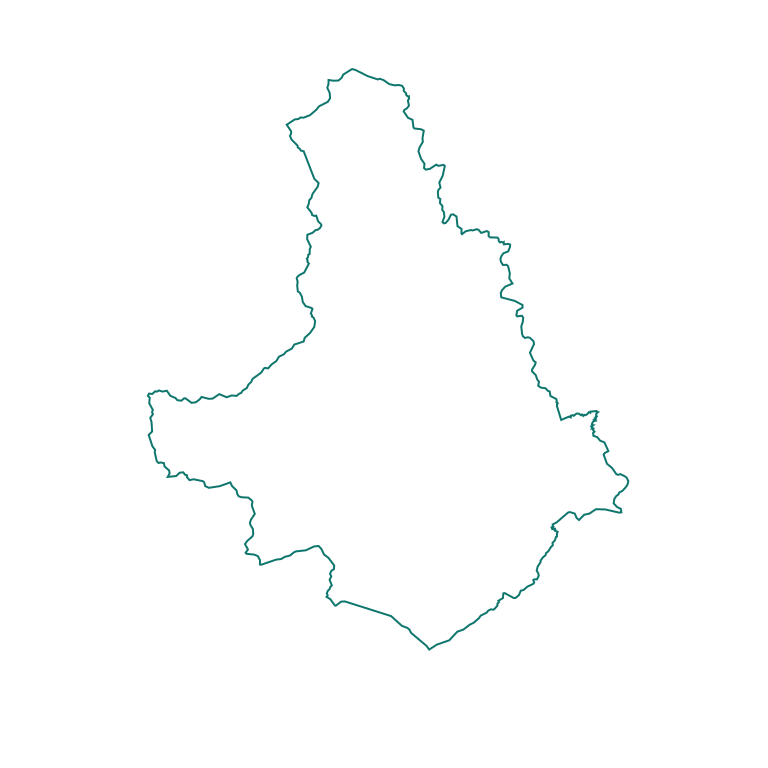 Phanom, Surat Thani, Thailand, rotated 46°
{"feature_id": "78962969B14493078239270", "entity_name": "Phanom", "entity_type": "district", "adm_level": 2, "iso_a3": "THA", "parent_name": "Thailand", "parent_adm1": "Surat Thani", "projection": "robinson", "projection_center": [98.753, 8.805], "detail": "fine", "context": "isolated", "style": "outline", "palette": "teal", "viewbox_px": 768, "rotation_deg": 46, "n_neighbors": 0, "source": "geoboundaries", "source_scale": "gbopen_adm2", "svg_char_len": 6165}
<svg xmlns="http://www.w3.org/2000/svg" viewBox="0 0 768 768"><g transform="rotate(46 384 384)"><path d="M194.4,166.2L194.0,167.0L191.7,167.3L190.3,166.2L186.9,166.2L185.2,164.4L181.9,163.9L178.9,165.9L176.8,168.7L171.9,171.9L165.1,173.2L161.5,175.0L160.6,176.9L151.1,181.9L138.2,186.4L135.2,188.3L133.1,198.4L134.3,201.7L134.1,205.9L130.8,209.6L126.8,212.7L129.7,215.6L131.6,219.1L136.8,220.8L141.0,224.3L142.0,228.4L139.1,237.9L139.7,242.0L139.2,250.6L136.5,256.9L134.3,258.9L133.9,261.5L131.7,264.4L129.9,273.9L137.6,275.2L139.4,276.9L140.2,279.3L143.9,280.7L152.5,280.6L153.9,281.7L156.4,281.2L158.3,281.7L160.8,280.1L188.0,291.6L194.0,291.4L196.0,294.6L197.6,303.3L199.8,307.2L199.8,309.9L202.3,313.3L203.6,316.4L210.6,317.2L212.5,318.3L215.0,317.2L215.8,315.8L221.3,318.4L225.5,318.3L226.6,319.1L227.3,321.7L227.0,324.6L225.8,326.0L225.6,330.4L223.4,335.5L226.5,338.7L234.4,341.3L235.4,343.7L238.9,347.3L238.4,348.7L240.0,350.6L240.3,352.6L242.0,353.0L242.8,354.2L245.2,354.4L248.4,364.0L247.0,368.7L246.7,371.7L247.3,373.4L250.5,375.1L252.8,378.0L257.6,381.7L259.8,381.1L264.1,382.4L268.7,385.5L273.5,386.3L279.0,383.3L280.3,383.3L282.5,387.7L284.6,388.1L285.4,389.0L287.4,388.6L291.0,389.9L294.5,394.5L295.9,401.7L295.7,408.9L297.6,412.3L293.3,421.2L294.5,425.7L292.7,432.0L293.1,435.3L291.4,440.6L292.7,445.6L291.8,451.5L292.3,456.5L289.9,458.2L289.4,459.5L290.5,464.5L289.0,474.9L290.3,478.3L290.2,481.9L291.6,485.4L290.6,490.0L291.2,493.1L290.4,494.8L290.2,498.2L286.4,501.6L284.2,506.4L276.8,509.6L275.5,517.3L272.9,520.4L266.6,524.2L267.0,527.5L266.4,532.1L263.9,535.5L256.3,536.8L255.5,537.8L255.2,541.4L252.1,543.9L249.3,543.7L244.2,545.9L238.0,544.9L235.6,548.6L232.3,550.4L231.7,552.7L230.3,553.7L230.2,557.6L227.7,559.7L228.5,562.1L231.1,562.0L234.8,566.3L242.1,568.3L243.1,570.4L245.3,571.3L245.9,575.6L249.9,577.7L257.1,583.8L257.2,588.7L268.1,593.9L272.4,594.4L273.9,596.4L281.7,601.1L284.3,601.0L285.1,599.3L288.1,597.3L290.9,599.2L296.8,598.6L299.3,600.2L300.6,604.1L305.8,597.5L305.9,592.5L308.2,589.7L311.0,590.2L312.8,589.1L314.0,590.4L318.0,590.7L320.3,587.1L328.1,581.8L329.7,581.6L333.3,583.5L337.0,582.1L343.4,573.1L348.0,562.9L351.8,564.2L358.0,564.0L361.6,566.1L363.8,566.5L366.3,565.3L371.5,560.5L376.0,560.0L377.2,560.3L379.7,563.6L387.7,567.2L389.2,574.1L390.8,577.0L393.1,578.2L397.2,579.0L400.9,582.1L402.2,584.4L401.9,591.7L402.6,595.2L408.5,596.8L409.3,600.8L410.9,600.7L416.5,595.9L420.2,594.3L424.6,595.6L427.7,598.6L428.7,597.9L435.4,583.6L438.5,579.5L439.4,575.5L442.1,570.7L442.5,565.7L443.4,563.4L449.3,555.8L452.3,547.1L455.1,543.6L459.0,543.6L465.2,545.6L470.4,544.7L480.0,545.9L482.4,548.7L481.8,551.6L483.1,554.7L485.7,555.5L487.1,559.2L492.6,561.4L492.8,563.9L493.8,565.8L493.7,568.0L494.8,570.5L496.9,571.3L497.2,573.2L501.5,572.1L509.4,573.2L510.0,572.6L510.8,566.0L513.2,563.2L555.9,540.1L570.5,539.1L575.4,536.7L578.1,536.3L581.9,537.4L602.1,535.3L606.4,536.0L608.2,527.0L613.7,515.1L613.1,503.3L615.8,497.5L616.7,489.5L618.0,485.4L618.4,478.5L617.8,475.3L619.8,469.0L619.4,466.5L620.3,463.7L622.3,462.1L622.6,460.7L622.2,456.2L620.8,455.1L620.8,452.8L619.4,452.4L620.6,447.2L617.5,443.5L618.3,442.4L628.2,439.3L629.3,438.0L629.6,433.6L627.7,429.2L629.1,426.7L629.4,421.5L631.4,415.7L631.2,413.9L628.7,412.8L629.0,411.4L630.8,409.7L629.4,405.9L627.4,404.5L624.4,403.9L622.1,400.3L621.0,395.3L619.8,394.0L619.1,389.8L619.4,386.8L618.2,384.8L618.5,382.2L617.2,377.0L617.3,374.6L615.3,373.1L615.3,370.0L613.5,366.4L613.9,365.6L611.6,363.4L611.0,361.8L608.0,363.0L607.7,361.8L606.7,361.6L605.3,363.8L604.2,363.3L605.2,362.8L604.5,361.6L603.7,362.3L603.5,361.1L602.2,360.3L603.5,355.8L604.3,341.0L605.2,339.3L609.7,336.8L614.2,338.5L617.3,338.2L617.1,330.8L619.9,326.3L621.3,318.5L627.9,312.0L639.9,304.2L641.2,302.4L638.3,300.4L634.4,301.8L629.4,301.7L626.6,298.0L625.9,294.4L626.4,292.2L625.5,290.3L626.5,286.5L626.2,282.0L625.7,279.1L623.7,275.8L619.9,274.5L618.0,274.8L613.1,276.5L612.0,278.7L610.3,279.5L602.9,278.3L596.2,279.0L587.3,275.0L587.0,273.2L588.1,269.2L579.1,266.0L574.9,267.9L570.4,267.5L566.7,269.3L564.4,267.5L564.5,265.7L562.3,265.6L561.6,264.3L560.6,265.4L560.4,263.6L560.3,264.4L558.8,264.6L559.0,262.2L558.0,263.2L556.8,261.4L556.3,258.9L557.1,257.8L556.0,257.9L556.5,257.0L555.8,257.2L556.0,256.1L555.1,256.1L555.5,255.0L554.6,254.3L555.1,253.4L553.4,252.8L552.8,251.6L552.9,249.5L552.1,249.9L552.0,249.0L551.9,250.5L551.0,250.0L547.3,254.7L548.0,255.6L546.6,256.1L546.9,259.0L546.3,260.9L545.4,261.3L545.4,262.8L544.1,262.5L543.3,262.9L543.3,264.0L540.7,264.4L539.0,266.1L538.7,269.5L537.8,269.6L536.6,271.5L537.7,272.9L536.0,273.5L532.9,281.5L520.0,274.9L518.8,273.6L518.6,272.4L516.8,272.6L516.5,271.7L514.5,270.5L508.3,272.6L504.4,270.0L502.6,270.9L499.4,270.7L495.5,273.7L492.4,274.3L490.1,271.0L487.1,270.6L483.1,268.7L477.7,268.7L476.4,267.3L475.2,262.3L473.9,259.9L470.8,260.2L462.9,257.3L459.5,248.4L457.1,246.7L452.0,247.0L450.3,248.1L448.8,250.6L446.2,250.9L443.9,249.9L438.0,245.3L435.5,240.7L433.0,237.8L430.7,237.4L427.9,241.2L426.6,241.1L423.8,237.3L425.3,231.3L423.4,229.5L415.1,232.2L403.2,239.4L402.4,239.0L399.8,236.9L398.5,234.1L398.2,229.2L401.0,221.8L395.0,220.5L391.9,216.7L385.5,212.9L383.4,213.0L381.0,215.8L377.4,215.0L375.0,213.5L373.6,210.7L372.9,207.3L374.9,202.6L373.0,198.3L371.3,196.4L369.7,197.2L366.8,200.7L365.1,199.3L365.0,200.2L363.4,200.7L362.7,202.2L361.0,202.2L359.4,200.9L357.6,200.6L352.1,205.9L350.1,205.9L347.5,203.2L345.4,203.8L342.9,209.1L338.6,208.9L337.0,209.9L335.2,213.5L333.5,214.7L330.9,219.1L330.4,223.8L329.6,223.8L326.3,220.5L321.5,221.5L313.9,215.5L310.0,216.4L308.7,218.3L310.6,223.4L311.0,227.9L309.9,229.4L308.1,229.4L305.7,224.4L302.0,221.5L299.3,221.2L296.5,218.3L292.7,218.1L290.1,215.0L287.7,215.5L283.2,211.8L282.2,210.1L282.0,206.9L277.5,204.3L275.0,197.2L269.4,188.8L267.8,188.9L264.8,193.4L262.5,194.0L261.1,201.6L258.7,205.1L256.5,205.2L253.7,201.9L247.7,200.9L240.5,197.5L238.5,194.1L236.8,187.9L233.8,185.4L229.4,179.4L226.5,180.4L221.2,184.7L219.8,184.5L213.8,180.0L209.2,181.8L201.6,180.5L201.0,178.9L201.6,176.1L201.2,172.8L196.7,169.9L196.2,167.9L194.4,166.2Z" fill="none" stroke="#0f766e" stroke-width="2"/></g></svg>